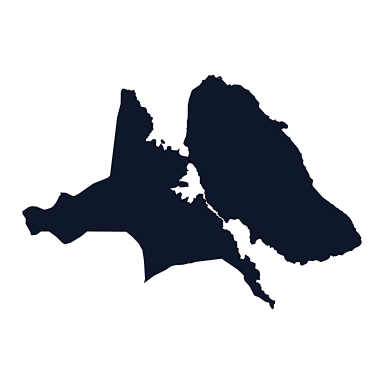 Samosir, Sumatera Utara, Indonesia (Albers equal-area conic projection)
{"feature_id": "22746128B81816662901100", "entity_name": "Samosir", "entity_type": "district", "adm_level": 2, "iso_a3": "IDN", "parent_name": "Indonesia", "parent_adm1": "Sumatera Utara", "projection": "albers", "projection_center": [98.751, 2.555], "detail": "fine", "context": "isolated", "style": "filled", "palette": "ink", "viewbox_px": 384, "rotation_deg": 0, "n_neighbors": 0, "source": "geoboundaries", "source_scale": "gbopen_adm2", "svg_char_len": 6062}
<svg xmlns="http://www.w3.org/2000/svg" viewBox="0 0 384 384"><path d="M186.8,136.3L185.3,139.3L186.0,140.1L184.9,140.5L184.1,143.4L185.5,145.4L188.2,146.5L189.2,148.3L188.8,149.9L189.6,151.7L189.6,154.5L188.2,158.0L189.4,159.7L190.4,162.5L192.7,163.0L197.4,168.9L197.3,170.8L198.8,172.2L198.8,174.7L199.4,175.6L200.2,175.6L200.6,176.8L200.6,183.3L201.6,183.8L202.6,186.5L203.6,187.0L203.5,188.1L204.7,188.8L205.6,190.3L205.0,193.2L205.9,194.4L205.7,197.1L206.3,198.9L207.1,199.1L207.7,202.2L212.9,206.7L213.9,206.2L214.1,205.3L213.9,206.2L212.9,206.7L214.0,209.1L216.2,210.1L216.8,211.1L218.5,210.6L218.4,213.9L219.1,213.3L219.7,215.7L223.6,218.0L226.2,222.2L227.1,222.2L228.6,219.3L230.5,218.1L234.7,219.1L236.9,218.1L239.2,218.2L241.7,221.7L242.7,222.0L242.9,221.3L242.7,222.8L243.9,224.0L246.1,224.7L247.2,225.8L248.0,225.0L247.2,225.8L248.9,226.3L248.4,228.2L250.2,229.0L250.6,232.9L251.2,233.3L250.2,237.0L251.0,240.0L250.7,241.7L252.1,243.8L254.7,243.1L255.1,240.9L256.6,239.2L259.4,237.9L260.4,238.2L262.0,239.0L262.8,241.3L266.1,244.2L267.6,245.2L268.5,244.3L269.9,244.5L270.7,247.0L271.2,246.5L274.0,246.9L274.8,249.3L275.8,249.0L277.0,249.6L277.6,252.0L278.8,253.1L284.6,255.4L285.3,258.4L287.4,260.8L288.7,260.7L294.5,263.1L294.9,261.8L298.7,261.0L300.5,262.1L301.0,264.5L302.2,264.8L306.3,262.9L307.9,259.8L312.6,260.3L316.5,259.3L321.0,261.3L327.2,258.8L328.8,257.6L330.1,254.7L331.8,254.8L333.3,255.9L333.9,255.0L335.7,255.6L338.8,254.0L342.2,254.6L343.3,253.3L347.0,251.2L350.5,250.0L351.5,250.3L354.5,247.4L358.2,245.9L360.1,244.2L361.0,242.1L359.9,239.2L360.6,238.1L358.3,234.0L355.2,231.2L355.2,228.9L353.9,228.2L352.7,224.5L351.9,223.9L351.5,222.0L348.6,217.4L347.4,217.1L346.4,215.3L342.7,213.0L341.8,211.6L339.2,210.7L338.5,209.5L335.5,207.9L332.4,204.9L330.0,204.2L329.5,203.1L322.2,197.9L311.9,186.2L311.6,184.0L311.5,184.7L311.6,183.9L312.3,181.1L312.3,180.3L309.2,177.6L308.3,174.2L305.1,168.7L305.4,167.8L302.6,164.6L302.2,161.4L302.7,160.9L301.3,158.2L300.8,153.9L299.8,153.4L297.1,148.3L290.5,140.6L289.6,138.2L288.4,137.7L283.3,133.3L283.4,132.6L282.2,132.1L281.7,130.9L280.0,130.0L280.4,129.1L281.9,128.6L282.2,127.5L283.3,127.6L283.2,127.0L286.0,128.1L287.1,127.5L287.4,126.3L286.8,125.2L284.9,124.0L284.8,123.3L281.8,122.0L280.3,122.3L281.0,124.1L279.9,124.5L278.7,124.0L278.8,122.7L275.2,121.2L275.1,120.4L273.3,121.3L267.9,118.4L268.5,116.8L265.3,115.2L258.1,107.3L258.6,103.2L254.9,99.0L254.3,97.2L248.8,91.9L248.9,91.1L244.7,89.5L240.1,85.7L233.9,85.2L231.4,86.8L229.7,85.1L228.3,85.6L228.1,86.5L226.8,86.5L226.2,84.9L220.8,79.3L219.8,79.7L215.1,78.3L213.6,75.7L210.8,76.3L209.1,76.0L205.6,80.4L203.0,80.7L202.4,82.8L200.1,85.6L192.5,90.8L189.7,99.4L188.6,105.0L188.4,118.1L187.6,121.3L187.8,127.7L187.1,128.5L187.6,129.6L186.8,136.3ZM61.2,193.3L61.6,195.3L60.0,196.3L56.8,202.9L53.5,207.0L51.1,208.6L44.3,210.6L36.3,207.3L32.0,206.9L28.7,207.9L23.0,211.9L23.4,213.9L26.6,218.7L26.3,223.4L30.9,231.6L31.8,234.5L36.2,234.0L40.8,230.7L49.3,230.7L56.9,236.3L62.9,242.3L65.1,243.5L70.6,241.9L81.0,235.5L86.2,231.2L86.1,230.7L126.6,231.0L133.5,236.8L139.2,243.0L143.1,249.9L144.7,260.5L145.8,279.3L145.2,281.4L153.7,275.0L165.3,269.3L170.8,265.6L175.2,264.4L182.9,264.0L189.5,262.4L190.4,262.7L195.8,261.1L221.8,257.9L237.9,268.8L244.4,274.9L244.8,277.2L244.4,277.9L245.4,280.5L250.0,285.6L254.7,294.8L259.4,296.6L266.1,301.3L268.9,301.8L270.0,302.7L270.4,305.2L272.4,308.3L273.2,307.7L272.9,304.7L274.2,303.2L274.4,301.2L272.8,301.1L270.1,299.5L268.0,296.9L268.0,295.4L266.8,295.4L264.0,293.8L263.6,291.9L262.7,291.2L260.8,291.0L260.7,287.4L259.8,286.5L259.8,284.9L257.9,283.3L255.7,283.0L255.3,281.1L255.9,279.5L256.7,278.8L259.3,279.3L258.9,276.3L259.4,275.1L258.7,271.6L256.7,269.8L255.2,269.6L254.5,268.1L254.9,264.0L250.4,262.0L249.2,260.8L249.5,259.2L248.4,257.3L245.6,255.6L245.4,258.4L244.6,258.9L244.2,260.4L238.9,258.7L240.1,256.2L237.6,251.7L238.0,248.8L236.5,248.2L236.4,242.2L233.5,240.7L233.3,238.7L232.8,238.5L232.7,235.3L230.5,234.6L230.3,233.2L229.0,231.4L226.6,230.7L226.5,230.1L224.0,230.3L221.8,228.4L221.5,227.8L222.5,226.3L221.7,226.0L222.4,224.5L222.0,223.2L222.5,221.1L220.9,219.1L217.9,218.0L217.7,216.8L216.4,216.6L215.1,213.7L213.4,213.3L211.9,214.1L213.0,212.9L212.6,212.2L206.3,207.3L207.2,205.1L205.5,204.7L205.4,203.8L204.2,202.9L203.9,202.0L205.3,201.9L205.7,200.7L202.9,199.0L202.3,197.2L202.5,194.6L199.6,194.3L197.7,195.6L196.9,196.3L196.6,198.7L195.5,199.1L194.4,198.7L193.5,201.7L192.1,202.9L191.5,204.3L190.2,204.5L189.1,203.0L186.8,202.7L186.4,201.8L187.9,197.7L186.6,198.0L185.5,199.2L181.0,200.6L180.4,197.4L181.3,194.3L180.4,193.0L178.2,193.9L177.3,194.8L177.0,195.4L176.6,196.1L176.4,196.3L176.2,196.4L174.3,191.2L173.0,191.4L168.9,188.8L170.3,187.6L175.1,187.0L179.2,184.6L180.3,186.7L187.8,186.0L187.5,183.5L185.9,182.7L180.9,181.7L180.9,183.1L179.2,183.4L178.4,179.6L179.5,178.6L180.8,178.5L181.8,176.5L186.5,173.9L185.8,171.7L186.1,171.0L187.4,170.4L186.6,170.0L185.9,167.5L186.2,165.9L188.0,162.9L190.1,161.9L188.9,159.4L186.7,157.3L181.4,156.3L179.3,155.0L178.1,152.4L178.6,150.2L177.4,151.2L170.9,150.7L170.4,146.9L169.8,146.7L167.7,147.2L167.6,150.3L165.9,150.3L164.9,151.8L163.3,150.2L162.5,146.8L160.9,144.7L159.1,147.7L156.3,146.9L155.2,145.1L155.5,140.7L154.8,139.9L153.4,139.7L150.4,142.5L149.5,141.8L145.9,142.0L145.1,140.7L145.4,138.2L146.8,137.6L147.6,135.6L148.4,135.5L148.9,133.7L150.9,131.6L150.0,131.0L150.7,130.1L152.2,129.9L152.7,129.0L151.9,126.3L152.6,125.6L152.0,124.8L152.5,123.3L150.8,122.7L151.0,120.6L152.2,118.4L151.7,117.6L149.8,117.4L149.6,114.8L146.7,113.2L145.9,109.3L144.9,108.1L141.1,107.5L139.9,105.9L138.9,101.8L135.9,99.7L136.2,97.8L134.9,95.9L135.0,93.3L134.1,92.8L133.8,90.7L130.4,91.6L129.5,90.4L127.9,91.0L124.5,89.4L122.6,89.6L121.6,91.9L121.4,103.8L117.9,117.3L110.8,175.7L109.0,177.8L106.7,179.0L93.5,184.3L79.3,194.3L74.7,196.7L72.4,196.7L66.0,193.6L61.2,193.3ZM164.2,142.2L162.0,140.1L161.5,140.8L162.0,142.7L164.1,143.1L164.2,142.2ZM220.1,76.9L218.6,77.5L221.0,78.0L220.1,76.9Z" fill="#0f172a" stroke="#020617" stroke-width="1.5"/></svg>